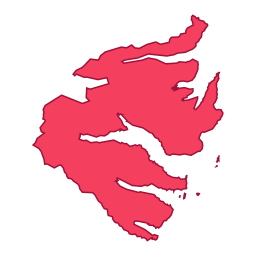 outline of Fjarðabyggð, Austurland, Iceland
{"feature_id": "244011B48850905136863", "entity_name": "Fjarðabyggð", "entity_type": "district", "adm_level": 2, "iso_a3": "ISL", "parent_name": "Iceland", "parent_adm1": "Austurland", "projection": "mercator", "projection_center": [-13.826, 65.041], "detail": "fine", "context": "isolated", "style": "filled", "palette": "rose", "viewbox_px": 256, "rotation_deg": 0, "n_neighbors": 0, "source": "geoboundaries", "source_scale": "gbopen_adm2", "svg_char_len": 5900}
<svg xmlns="http://www.w3.org/2000/svg" viewBox="0 0 256 256"><path d="M90.3,59.1L84.7,65.2L81.8,67.7L76.2,70.4L73.1,74.2L74.7,75.7L76.4,74.2L84.0,77.2L87.3,77.2L98.0,79.6L107.0,77.7L108.8,83.7L90.2,89.2L86.8,88.0L86.2,97.5L89.4,100.9L82.4,103.5L61.6,95.2L45.2,105.5L43.2,109.5L43.9,112.4L43.4,114.5L43.6,116.4L42.9,118.9L44.8,119.7L45.3,121.0L40.1,127.8L41.4,131.8L44.4,133.0L37.2,138.4L35.4,142.7L33.1,145.0L38.9,148.5L41.1,151.3L44.1,159.5L44.7,164.2L47.3,164.0L54.3,167.9L59.4,165.1L61.3,165.3L63.5,168.4L64.6,172.2L66.7,174.3L66.6,175.8L68.2,178.3L71.5,178.8L73.5,181.1L77.7,183.9L79.1,185.7L79.8,188.9L82.3,192.2L92.7,192.7L95.0,194.9L98.3,200.9L101.7,203.7L102.3,205.6L104.3,208.7L107.2,209.3L108.2,215.4L112.3,216.6L112.9,219.3L113.9,221.0L115.5,222.6L118.2,223.0L119.5,225.7L121.8,226.4L123.8,229.6L128.3,231.4L129.3,233.8L132.2,234.5L135.5,234.1L137.3,236.6L141.0,236.4L141.9,238.0L144.0,237.6L145.8,238.5L147.3,240.6L151.5,237.9L151.7,238.6L152.4,238.0L152.8,239.3L154.4,239.1L155.2,240.0L156.7,239.3L157.8,237.0L157.8,235.8L154.3,234.7L152.8,235.5L144.6,229.4L134.0,224.3L133.9,223.2L134.8,221.1L138.3,221.2L146.5,222.9L148.8,223.9L148.6,224.3L149.0,224.4L148.4,224.5L149.4,225.2L153.4,225.4L153.8,226.3L155.1,226.6L155.8,228.2L157.4,227.1L158.6,228.0L161.1,225.9L163.9,220.8L166.5,220.5L167.0,219.2L169.3,217.5L171.3,214.8L173.1,209.5L171.0,207.0L170.3,204.9L169.3,205.7L167.5,205.2L167.4,204.3L166.0,204.4L164.3,203.3L163.4,201.7L160.8,201.2L159.4,200.0L159.1,198.5L155.4,196.7L155.3,195.8L154.0,194.6L140.0,191.8L138.8,192.5L126.3,189.2L120.0,186.1L116.7,182.4L117.0,181.8L115.6,181.2L117.9,180.5L116.9,179.9L117.6,179.2L117.0,178.1L117.3,177.9L132.2,185.5L141.3,186.3L145.1,185.1L147.4,185.8L151.8,183.6L158.8,188.0L161.3,187.6L162.5,188.8L166.2,189.4L166.5,190.5L169.6,188.8L171.2,189.9L173.6,189.8L173.8,191.3L174.4,189.9L177.9,188.9L181.5,190.1L183.3,188.8L186.2,188.7L186.7,187.7L186.0,186.5L186.7,183.3L186.1,179.2L185.6,178.7L186.5,178.0L186.7,177.0L186.4,176.2L187.2,175.2L186.2,175.9L185.8,178.1L184.8,179.0L180.8,179.2L178.6,177.2L177.1,177.9L172.3,177.3L167.7,175.0L166.7,174.1L166.1,172.4L165.3,172.5L163.0,169.8L162.8,167.5L158.7,165.8L156.8,163.9L156.1,164.4L154.2,161.4L153.2,162.6L152.3,161.2L149.5,160.3L148.6,158.0L149.7,156.0L147.9,154.4L147.3,152.0L146.2,151.4L145.7,149.8L141.8,147.8L141.1,145.4L139.1,144.9L137.2,145.8L135.5,144.9L129.9,146.4L126.4,143.5L124.6,143.8L121.7,142.5L120.8,143.5L113.7,140.1L99.3,142.7L96.6,142.0L90.7,142.7L86.2,140.2L83.5,140.7L79.2,139.2L79.5,137.3L80.0,137.1L80.3,134.8L80.9,134.7L80.1,134.7L80.3,133.7L79.5,133.3L83.2,134.8L87.2,134.1L96.4,137.0L100.5,135.5L104.5,135.9L107.5,134.3L110.4,131.5L114.8,131.6L119.5,129.3L120.2,129.8L120.0,130.8L121.0,130.3L120.4,129.7L120.9,129.0L123.6,130.6L127.5,129.5L126.4,126.8L125.6,127.1L123.4,125.3L121.3,120.4L117.6,115.6L117.9,114.6L117.2,114.4L117.8,113.2L118.4,113.6L118.0,114.5L119.1,113.4L118.8,114.2L119.3,115.0L120.5,113.9L121.8,114.4L121.3,114.5L126.9,120.5L126.5,121.5L127.5,121.5L132.8,125.2L143.1,127.9L150.0,132.7L152.1,133.1L155.2,137.5L158.2,138.8L159.6,141.3L161.2,142.0L161.8,144.2L161.6,145.6L163.3,147.4L163.7,149.2L164.5,149.8L165.1,152.2L166.5,154.3L170.0,155.3L172.5,154.0L180.0,154.9L184.3,153.9L191.0,155.3L198.2,151.3L199.9,151.4L202.1,148.9L202.7,145.6L202.2,142.3L198.8,138.4L201.0,133.1L202.5,131.8L204.3,132.3L212.6,128.9L216.2,123.8L217.1,123.5L216.9,122.3L218.0,120.5L220.3,119.6L220.9,117.1L221.6,116.8L222.9,113.6L222.6,112.3L221.5,111.1L221.5,110.0L218.6,109.4L216.4,110.1L214.4,107.8L213.4,105.2L213.7,103.7L215.1,102.3L217.1,97.8L216.5,96.9L217.1,95.3L217.2,93.4L216.6,92.5L217.2,89.2L216.4,86.8L216.6,84.8L216.3,83.6L218.9,78.5L218.3,76.9L218.6,75.5L218.2,74.2L219.4,72.7L219.1,72.4L216.5,74.0L216.5,76.1L214.4,77.9L214.7,78.8L213.5,80.6L211.6,81.5L210.0,83.6L209.2,83.2L208.6,86.1L207.7,87.2L208.0,88.9L205.8,92.8L204.9,96.2L203.3,98.6L203.4,99.3L202.9,99.3L202.8,101.3L201.6,101.9L199.7,105.4L195.6,109.6L194.0,108.5L197.6,98.8L197.6,96.9L188.5,100.0L183.9,100.4L183.2,98.9L183.2,100.6L182.0,100.1L182.8,98.5L187.0,97.4L187.0,96.0L191.8,93.1L193.0,91.3L192.9,88.8L189.9,89.2L184.4,87.6L179.1,88.4L178.1,87.8L177.3,88.2L178.2,88.4L177.9,89.1L174.5,90.6L175.0,90.0L174.3,90.5L173.5,90.3L174.3,90.1L174.3,89.4L173.9,89.9L173.8,89.1L173.1,89.2L177.2,88.1L176.2,86.8L172.1,89.1L171.9,88.1L174.4,86.6L175.3,87.3L176.5,86.5L176.5,86.3L176.3,85.5L176.4,86.5L175.5,86.9L175.8,86.5L175.5,85.2L177.0,85.2L176.5,84.4L176.8,83.4L179.3,81.5L183.6,81.0L187.4,81.8L192.0,80.3L194.8,76.9L197.5,70.4L198.0,68.3L197.8,66.8L198.2,64.4L197.7,61.8L192.7,59.2L189.2,61.6L187.9,61.4L186.3,62.4L179.3,61.8L177.0,63.1L165.7,63.8L156.4,59.5L148.3,58.0L142.0,60.2L123.9,63.2L121.8,61.5L125.4,60.0L138.0,57.9L148.3,54.0L166.9,56.0L174.1,54.7L177.6,53.1L185.3,52.3L192.9,48.9L195.5,46.6L196.0,45.6L195.9,43.4L198.8,41.0L199.3,39.5L201.4,37.0L201.3,36.3L201.8,35.0L201.7,33.4L202.8,31.5L203.9,31.1L204.9,29.8L204.9,28.7L205.4,28.7L207.7,25.4L207.3,24.2L205.3,23.4L203.8,21.3L198.8,19.9L198.5,18.6L198.8,18.2L198.2,17.6L196.7,18.6L195.1,16.6L192.7,15.4L191.7,16.7L191.4,19.9L192.3,21.1L193.3,25.0L187.6,27.9L185.9,30.5L185.7,33.1L180.6,34.0L179.8,35.9L178.2,37.0L171.5,37.3L169.9,39.1L169.1,42.4L160.3,44.3L156.5,42.2L154.8,42.2L147.0,44.5L139.3,48.4L134.8,47.9L131.7,45.0L126.6,47.8L121.3,47.1L105.4,51.9L100.7,55.6L98.4,60.1L90.3,59.1ZM185.6,194.0L184.6,193.4L184.2,194.9L183.8,197.7L184.2,197.5L184.1,198.5L184.6,198.2L185.6,194.0ZM218.8,158.3L218.4,158.1L218.6,157.3L217.5,158.2L217.7,159.3L217.3,160.3L218.9,160.9L218.6,158.8L218.8,158.3ZM199.3,193.6L197.2,193.3L196.8,193.6L197.4,195.1L198.5,195.1L199.3,193.6ZM179.5,197.8L180.2,195.6L180.2,195.3L179.5,196.7L179.5,197.8ZM216.3,166.5L217.0,166.3L217.2,165.3L216.3,166.5ZM218.2,156.4L218.9,156.4L218.9,156.2L218.2,156.4ZM217.4,162.5L217.2,161.6L216.8,161.8L217.4,162.5Z" fill="#f43f5e" stroke="#9f1239" stroke-width="1.5"/></svg>